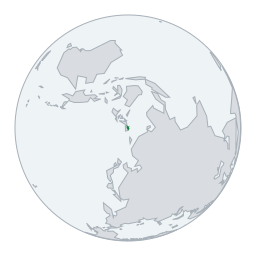 Ilocos Sur highlighted on a globe, orthographic projection, rotated 166°
{"feature_id": "PHL-2548", "entity_name": "Ilocos Sur", "entity_type": "Province", "adm_level": 1, "iso_a3": "PHL", "parent_name": "Philippines", "parent_adm1": "", "projection": "orthographic", "projection_center": [120.535, 17.275], "detail": "coarse", "context": "on_globe", "style": "filled", "palette": "green", "viewbox_px": 256, "rotation_deg": 166, "n_neighbors": 0, "source": "natural_earth", "source_scale": "10m", "svg_char_len": 10098}
<svg xmlns="http://www.w3.org/2000/svg" viewBox="0 0 256 256"><g transform="rotate(166 128 128)"><circle cx="128" cy="128" r="113" fill="#eef3f6" stroke="#a8b0b8"/><path d="M221.2,174.1L221.1,174.8L221.2,174.1ZM193.9,36.6L194.0,36.7L185.4,32.0L182.8,33.4L185.7,36.3L182.1,34.0L190.2,41.8L191.2,45.7L187.8,39.8L185.6,38.2L185.2,39.9L182.9,38.6L181.3,38.9L178.6,37.4L176.8,34.4L175.0,33.5L174.8,34.8L172.0,34.4L172.6,32.5L167.7,31.7L163.7,27.4L167.5,25.0L163.1,22.6L160.9,20.3L158.8,19.8L156.7,19.1L153.4,18.3L153.5,18.3L162.1,20.6L170.5,23.7L178.6,27.4L186.5,31.7L193.9,36.6ZM151.0,17.7L151.1,17.8L149.8,17.6L147.9,17.2L148.3,17.2L149.3,17.4L149.2,17.4L151.0,17.7ZM233.9,96.6L233.0,94.2L233.7,95.0L233.9,96.6ZM232.3,93.3L232.7,94.0L232.4,93.5L232.3,93.3ZM232.0,93.3L232.3,93.3L232.1,93.6L232.0,93.3ZM231.7,93.6L231.9,93.3L231.9,93.5L231.7,93.6ZM230.9,93.3L230.7,93.2L230.7,92.7L230.9,93.3ZM194.9,37.4L194.5,37.1L194.2,36.9L194.9,37.4ZM191.8,35.6L190.9,34.9L193.6,36.6L193.3,36.5L191.8,35.6ZM188.3,39.0L188.3,38.0L189.1,39.4L188.3,39.0ZM181.6,39.2L182.3,39.9L181.2,39.8L181.6,39.2ZM176.1,37.4L174.1,37.1L175.8,36.9L176.1,37.4ZM172.7,36.6L167.8,36.3L169.0,37.7L162.8,33.7L169.0,35.1L171.0,34.5L171.1,35.6L172.7,36.6ZM151.9,18.0L151.7,17.9L153.7,18.3L151.9,18.0ZM153.5,18.4L161.3,20.7L160.7,20.9L158.2,19.9L158.8,20.7L154.7,19.6L153.5,18.9L154.6,19.0L152.2,18.6L153.5,18.4ZM160.2,31.7L158.7,31.3L159.9,31.2L160.2,31.7ZM149.5,17.5L151.1,17.9L150.7,18.0L147.4,17.4L148.6,17.5L149.5,17.5ZM161.0,21.5L160.1,21.6L156.6,20.7L155.7,20.7L154.6,19.6L161.0,21.5ZM147.7,17.3L145.7,17.1L144.2,16.7L147.8,17.2L147.7,17.3ZM152.0,18.4L151.6,18.5L150.7,18.2L152.0,18.4ZM137.6,15.8L139.6,16.0L137.6,15.8ZM145.0,17.0L145.6,17.1L145.8,17.2L144.2,17.0L145.0,17.0ZM152.1,19.1L150.8,18.8L152.4,19.5L149.8,19.0L149.5,18.4L148.5,18.5L147.7,18.4L148.4,18.1L152.1,19.1ZM143.2,17.2L141.9,16.6L138.3,16.1L138.2,16.0L144.0,16.8L143.2,17.2ZM146.2,17.7L144.3,17.3L145.2,17.3L147.0,17.5L146.2,17.7ZM148.2,19.0L152.2,19.9L152.2,20.0L148.2,19.0ZM141.9,17.0L142.3,17.2L141.6,17.0L141.9,17.0ZM146.0,18.4L147.5,18.6L147.4,18.7L146.0,18.4ZM141.7,17.5L141.3,17.2L142.5,17.3L141.7,17.5ZM143.6,17.9L143.0,18.0L143.2,17.5L144.2,17.9L143.6,17.9ZM145.7,18.4L146.1,18.6L145.1,18.3L145.7,18.4ZM137.3,17.4L137.3,16.8L140.0,16.9L139.7,17.5L137.3,17.4ZM33.1,67.2L34.5,65.3L31.4,72.0L31.6,74.3L38.1,66.4L37.8,62.4L41.3,57.7L44.4,57.3L45.2,61.5L46.6,59.8L49.1,54.1L52.4,52.4L50.4,52.1L48.9,54.2L47.6,54.2L48.9,52.3L50.0,51.6L50.6,50.0L45.2,54.0L43.1,56.6L42.9,55.0L39.4,59.3L38.2,60.4L43.6,53.6L45.5,51.7L53.0,44.0L51.5,45.3L58.9,39.1L66.7,33.5L66.1,33.9L71.3,30.9L71.5,31.0L68.3,32.6L65.6,34.4L63.6,36.8L64.5,36.6L68.1,34.6L67.1,35.7L70.8,33.5L71.7,34.4L73.6,31.6L77.8,29.6L80.8,29.2L82.5,28.2L77.7,29.0L75.5,29.9L73.0,31.4L67.2,34.0L67.0,33.8L74.3,29.5L74.7,28.9L80.2,26.3L89.9,24.8L91.7,25.7L85.5,31.0L82.6,31.6L83.4,29.9L78.7,33.1L81.0,32.0L80.1,33.2L84.0,32.1L83.6,32.8L87.9,30.6L87.8,31.5L85.1,32.8L90.7,32.4L91.7,34.2L93.1,33.7L94.4,32.8L94.9,35.9L95.9,35.5L96.2,34.2L98.4,32.7L102.6,31.3L102.5,32.4L101.0,33.1L97.8,36.4L93.7,38.3L94.1,38.6L97.6,37.3L101.6,33.2L104.1,32.1L102.6,34.0L103.4,33.2L104.6,33.0L105.8,34.0L107.6,32.0L121.3,29.8L124.9,31.8L122.1,33.5L131.6,34.2L134.9,37.2L135.1,36.0L139.8,36.0L138.9,35.0L139.3,34.5L151.0,35.0L153.6,36.2L158.9,35.8L159.0,35.2L157.3,34.2L162.8,33.7L169.0,37.7L168.5,38.7L172.7,40.8L170.8,42.9L171.2,45.8L166.6,47.3L167.3,49.7L168.9,50.3L171.0,54.5L169.9,61.4L163.7,53.0L164.0,43.7L163.3,47.0L161.4,45.6L159.8,46.4L159.5,49.1L160.7,49.8L149.4,51.8L144.4,58.9L149.9,59.2L152.5,62.1L151.6,72.2L138.6,84.7L142.0,90.1L141.7,93.2L137.6,94.7L137.9,90.0L134.5,87.9L135.2,85.2L128.8,86.5L129.6,82.8L124.2,85.9L125.5,89.1L130.8,89.1L125.8,93.9L130.3,99.9L130.0,106.6L119.6,117.1L110.2,119.5L109.5,121.5L106.2,118.6L101.2,122.1L106.7,134.9L106.3,138.4L98.5,143.8L98.4,141.2L89.7,133.6L87.6,141.5L94.1,149.4L96.4,157.7L91.1,154.4L88.9,147.0L85.8,144.1L87.1,137.1L85.3,126.1L80.0,127.1L80.7,122.9L77.5,113.3L70.1,114.5L58.1,123.1L55.8,133.6L51.9,137.3L48.8,120.3L50.2,109.7L47.3,109.7L45.5,99.5L37.5,94.9L37.9,92.0L36.0,92.3L35.0,88.3L36.2,83.7L34.9,82.9L32.1,95.3L33.7,96.2L37.2,93.2L35.9,97.4L37.1,102.3L30.3,109.5L20.9,111.8L22.6,103.7L28.9,79.5L30.1,77.5L30.3,77.3L30.5,76.8L28.4,79.8L30.4,75.4L24.2,91.1L22.0,97.5L20.7,112.1L20.2,113.0L20.6,116.5L24.9,117.1L24.3,119.7L20.7,130.0L17.0,141.8L19.0,153.8L21.3,163.2L21.8,165.6L19.5,158.1L17.6,150.4L16.3,142.7L15.6,134.8L15.4,126.9L15.7,119.0L16.6,111.2L18.1,103.5L20.1,95.8L22.6,88.4L25.6,81.1L29.1,74.0L33.1,67.2ZM50.2,46.5L43.8,53.3L44.7,52.2L42.5,54.7L44.6,52.3L44.8,52.1L50.2,46.5ZM43.4,70.9L45.6,73.5L49.2,67.2L50.4,67.9L51.2,65.6L49.5,66.8L52.1,61.0L54.8,60.6L56.8,58.3L56.2,57.3L51.0,59.1L47.1,67.2L44.7,68.8L43.4,70.9ZM96.4,19.9L96.2,19.9L95.8,20.1L96.4,19.9ZM146.4,16.9L145.6,16.8L143.4,16.6L142.0,16.4L143.0,16.4L140.2,16.1L140.6,16.1L138.5,15.9L137.5,15.8L146.4,16.9ZM125.3,15.4L127.6,15.5L132.3,15.7L133.2,15.8L131.1,15.8L133.6,16.0L130.3,16.2L130.9,16.4L128.2,16.8L123.8,16.9L124.8,17.1L122.9,17.7L119.1,18.0L120.9,17.4L115.5,18.2L115.8,17.6L115.1,17.8L113.9,17.5L111.4,17.5L112.0,17.2L110.7,17.4L109.9,17.4L108.4,17.5L109.0,17.2L107.2,17.4L108.6,17.2L105.2,17.7L108.0,17.2L107.2,17.3L104.9,17.8L106.1,17.5L115.6,16.0L125.3,15.4ZM136.4,17.5L131.1,17.4L128.6,17.0L134.3,16.4L134.1,16.2L137.7,16.1L141.2,16.7L139.9,16.6L139.4,16.7L138.5,16.5L138.8,16.7L137.0,16.7L136.8,17.0L135.1,16.8L136.4,17.5ZM68.3,32.7L68.3,32.9L67.4,33.5L66.4,34.0L68.3,32.7ZM103.0,21.5L104.4,20.9L105.0,21.0L109.0,20.1L109.1,20.7L106.7,21.4L103.0,21.5ZM36.7,67.2L35.3,68.1L35.9,67.0L36.3,66.9L36.7,67.2ZM37.2,62.0L36.0,64.2L36.7,62.5L37.2,62.0ZM103.8,22.0L105.4,21.5L104.4,22.1L103.8,22.0ZM109.3,21.1L108.6,21.7L109.6,20.7L109.3,21.1ZM69.7,222.4L72.0,223.9L70.8,223.5L69.7,222.4ZM25.8,167.3L30.1,182.0L28.7,180.5L26.2,175.2L23.0,165.8L23.9,164.7L23.6,160.9L25.8,167.3ZM125.0,178.8L128.5,179.6L128.3,180.0L125.0,178.8ZM121.3,176.8L125.3,177.3L120.6,177.8L121.3,176.8ZM126.8,177.5L130.9,176.9L132.6,176.2L132.3,177.2L126.8,177.5ZM118.6,176.6L104.3,174.9L98.7,172.9L100.0,171.3L109.0,172.9L118.6,176.6ZM99.5,171.2L91.1,164.8L80.2,147.8L84.1,148.8L95.6,159.8L94.9,161.3L100.0,166.1L99.5,171.2ZM120.2,164.2L119.4,168.8L111.4,167.6L107.9,166.4L105.4,160.0L106.8,157.1L109.7,157.5L121.4,148.2L125.4,151.2L121.7,155.3L125.0,159.7L120.2,164.2ZM56.1,134.8L57.7,141.7L55.7,142.2L56.1,134.8ZM126.4,141.2L121.5,145.4L126.0,139.6L126.4,141.2ZM129.2,135.6L129.4,138.0L127.6,135.5L129.2,135.6ZM109.1,124.7L106.0,124.9L106.1,123.2L110.1,122.0L109.1,124.7ZM129.7,112.3L129.2,117.2L128.4,118.8L127.2,115.7L129.7,112.3ZM106.8,28.4L101.1,28.7L97.1,29.8L94.9,31.5L95.5,29.4L101.7,27.7L106.8,28.4ZM119.5,29.4L121.4,28.2L122.2,28.8L121.9,29.2L119.5,29.4ZM119.5,28.5L118.7,26.9L120.9,26.3L121.1,27.7L119.5,28.5ZM111.0,23.8L109.3,23.8L110.2,23.2L111.0,23.8ZM194.6,214.2L195.7,214.4L192.5,217.2L188.1,220.2L184.2,221.7L194.6,214.2ZM163.2,224.0L163.0,221.3L167.7,220.8L165.8,223.3L163.2,224.0ZM197.7,211.9L200.6,208.9L201.7,205.6L201.3,208.4L203.6,207.8L196.7,214.0L197.7,211.9ZM146.0,212.2L124.0,217.1L119.1,216.0L120.1,213.5L115.3,205.1L116.9,205.5L115.7,199.8L128.6,195.7L137.8,186.7L145.2,187.7L150.6,180.9L158.3,181.6L156.1,187.0L164.1,190.7L169.4,178.4L174.5,191.4L180.4,195.7L182.2,203.4L172.0,216.5L166.1,219.1L164.9,218.1L162.4,219.4L158.5,219.0L156.2,215.0L153.8,216.3L156.1,213.2L152.6,216.0L150.5,213.3L146.0,212.2ZM200.8,187.8L202.0,188.0L203.8,189.9L201.9,189.7L200.8,187.8ZM218.3,177.5L218.8,178.3L217.6,178.9L218.3,177.5ZM221.0,174.9L219.6,175.8L221.2,174.1L221.0,174.9ZM206.8,179.5L207.4,180.2L206.9,180.6L206.8,179.5ZM206.4,179.3L207.0,177.9L206.9,179.2L206.4,179.3ZM200.8,172.9L201.5,172.2L201.8,172.7L200.8,172.9ZM133.7,180.0L138.5,176.7L141.2,176.6L133.7,180.0ZM199.8,171.6L198.0,171.6L198.2,170.9L199.8,171.6ZM199.9,169.9L199.7,168.9L200.8,171.2L199.9,169.9ZM196.5,167.9L198.7,169.5L196.3,168.1L196.5,167.9ZM195.2,168.2L193.7,167.6L193.8,167.2L195.2,168.2ZM177.8,170.3L183.6,176.2L179.0,176.2L173.8,172.5L169.8,176.0L160.7,175.4L162.8,173.2L161.5,169.9L152.2,168.3L150.3,166.0L153.6,164.7L147.5,162.7L154.2,162.0L157.0,166.6L160.7,163.2L167.3,164.2L173.8,165.7L179.0,169.0L177.8,170.3ZM154.3,171.8L155.4,171.9L154.4,173.2L154.3,171.8ZM190.7,165.3L193.0,167.3L192.7,167.9L191.6,167.6L190.7,165.3ZM180.2,168.2L185.9,164.4L187.2,164.4L183.5,168.7L180.2,168.2ZM184.5,162.0L187.1,162.5L188.5,164.5L188.0,165.1L184.5,162.0ZM140.7,167.1L140.4,168.3L138.7,167.2L140.7,167.1ZM142.9,166.5L148.1,168.1L142.4,167.5L142.9,166.5ZM127.3,161.0L128.8,164.1L133.5,162.6L129.9,165.0L133.2,170.1L132.1,171.8L128.9,166.3L127.8,171.7L125.7,171.4L124.5,166.7L126.6,161.2L128.7,159.0L137.2,158.7L127.3,161.0ZM142.8,162.8L141.5,159.3L142.5,157.1L144.0,159.0L142.8,162.8ZM137.5,150.7L134.0,146.4L130.7,147.7L137.4,142.6L139.7,147.5L137.5,150.7ZM134.7,141.7L131.6,142.8L134.8,139.8L134.7,141.7ZM130.8,141.4L130.6,138.6L133.0,139.1L130.8,141.4ZM136.2,141.9L137.0,137.2L138.1,140.1L136.2,141.9ZM129.8,132.2L134.8,137.2L128.2,134.7L128.3,125.6L131.2,125.6L129.8,132.2ZM148.5,97.4L148.0,94.8L150.7,94.5L150.3,96.3L148.5,97.4ZM159.1,91.8L151.3,93.6L145.0,95.3L146.7,96.6L145.0,100.8L142.5,96.6L147.2,92.3L151.9,91.8L153.0,88.4L156.7,86.3L156.4,82.0L158.1,80.4L159.8,84.2L159.1,91.8ZM156.0,80.2L156.8,73.0L161.7,74.5L162.7,76.4L160.2,79.0L157.8,78.0L156.0,80.2ZM158.5,71.8L156.1,70.9L152.3,60.4L152.7,58.6L158.2,66.9L156.3,66.6L156.3,69.0L158.5,71.8ZM159.0,32.0L158.8,31.4L159.9,32.0L159.0,32.0ZM138.7,34.0L139.5,33.3L140.7,33.9L138.7,34.0ZM142.4,32.0L140.4,31.7L142.6,31.5L142.4,32.0ZM136.0,31.4L139.7,31.4L136.1,32.1L136.0,31.4Z" fill="#d9dde1" stroke="#a8b0b8" stroke-width="1"/><path d="M127.7,128.7L127.8,128.6L127.8,128.2L127.8,127.9L127.8,127.5L127.6,127.5L127.6,127.4L127.7,127.2L127.8,127.1L127.7,127.0L127.8,126.9L128.0,126.8L128.0,127.1L127.9,127.4L127.9,127.6L128.0,127.6L128.0,127.8L128.1,128.0L128.3,128.0L128.5,128.1L128.5,128.3L128.5,128.6L128.4,128.7L128.2,128.7L128.2,128.8L128.2,129.1L128.0,128.8L128.0,128.7L127.8,128.7L127.7,128.7Z" fill="#22c55e" stroke="#15803d" stroke-width="1.5"/></g></svg>